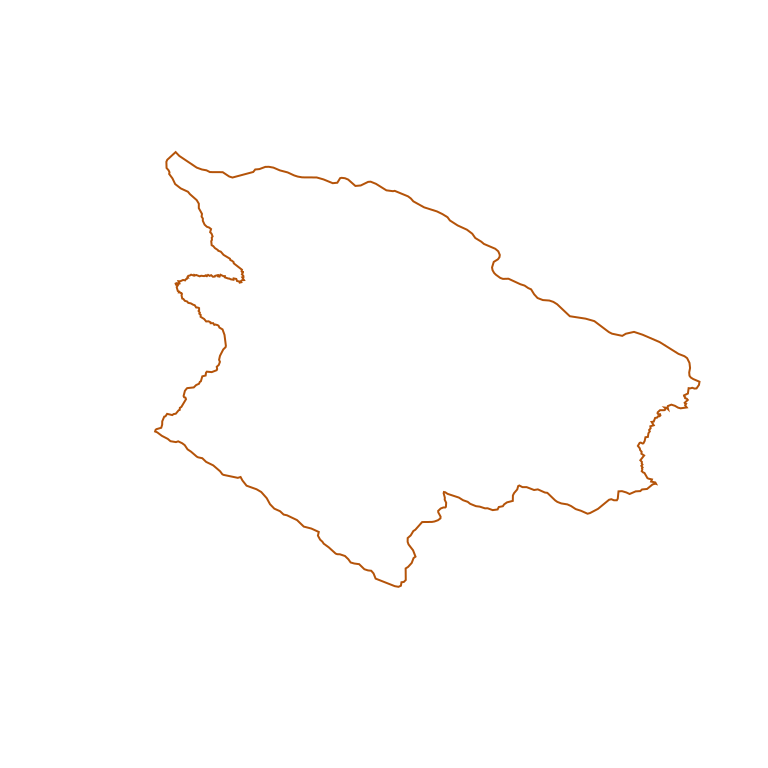 outline of Santa Fe De Antioquia, Antioquia, Colombia, rotated 294°
{"feature_id": "7082276B62917896081340", "entity_name": "Santa Fe De Antioquia", "entity_type": "district", "adm_level": 2, "iso_a3": "COL", "parent_name": "Colombia", "parent_adm1": "Antioquia", "projection": "equal_earth", "projection_center": [-75.913, 6.54], "detail": "fine", "context": "isolated", "style": "outline", "palette": "amber", "viewbox_px": 768, "rotation_deg": 294, "n_neighbors": 0, "source": "geoboundaries", "source_scale": "gbopen_adm2", "svg_char_len": 6138}
<svg xmlns="http://www.w3.org/2000/svg" viewBox="0 0 768 768"><g transform="rotate(294 384 384)"><path d="M558.8,386.8L560.2,377.7L562.2,374.2L563.0,368.2L563.2,362.1L561.7,348.8L562.8,336.5L564.4,333.1L565.2,329.6L564.8,315.2L563.8,313.8L561.9,307.4L563.6,295.3L563.4,289.5L562.2,287.3L555.9,282.0L553.3,277.3L556.2,268.1L556.1,264.6L555.1,261.4L554.2,260.2L548.9,259.5L546.6,255.5L546.3,245.5L545.3,238.5L539.5,225.2L538.4,220.8L538.0,217.1L538.1,209.9L536.8,202.0L536.7,195.0L535.6,190.5L534.1,187.3L529.6,182.7L527.6,179.1L524.5,178.3L511.0,161.6L510.6,158.2L511.9,150.5L506.8,138.8L507.0,134.9L505.9,130.4L505.5,124.9L509.1,104.2L511.1,99.3L500.7,94.8L498.5,94.8L492.9,97.5L491.6,100.3L490.2,101.9L488.5,102.3L485.8,107.1L481.7,111.9L480.0,118.8L479.9,126.7L478.5,129.5L475.8,138.1L473.4,141.5L469.3,143.3L465.4,148.5L462.7,149.3L461.5,151.2L459.4,152.1L456.6,155.3L455.6,158.2L455.8,160.6L455.2,163.0L452.0,163.4L451.2,165.3L449.1,167.4L447.7,167.1L445.7,168.2L444.2,168.1L440.7,170.1L440.5,172.0L439.4,174.2L438.8,177.7L438.3,178.4L438.5,181.1L436.7,184.9L435.8,192.3L434.7,193.3L434.8,194.7L434.2,197.0L433.1,197.7L430.6,207.8L429.1,208.0L428.7,208.5L429.0,209.6L428.5,209.8L426.4,209.6L425.6,211.5L424.6,212.1L423.8,211.1L422.0,213.8L421.1,212.1L419.5,211.3L418.9,212.2L417.9,210.9L418.8,209.9L418.3,207.9L419.9,206.3L419.3,203.7L418.0,204.1L417.3,201.4L417.4,199.8L417.0,198.8L416.7,195.2L417.8,194.8L417.2,193.3L417.3,190.2L415.2,190.1L414.9,188.8L416.0,188.8L416.1,188.2L414.1,185.7L413.3,185.7L412.4,184.1L413.1,181.8L411.9,180.8L412.1,178.9L410.4,178.3L410.3,177.5L410.8,177.0L409.4,175.8L408.5,172.9L407.4,171.8L407.2,168.2L406.6,167.6L406.5,166.2L405.7,166.3L405.4,163.3L404.0,162.4L403.2,161.2L402.0,161.0L401.4,161.7L401.1,161.0L400.0,161.2L399.0,160.3L397.8,160.2L397.3,158.1L394.9,156.0L394.3,154.4L392.6,156.3L392.1,155.8L391.8,153.5L391.0,152.8L390.1,153.6L390.2,155.5L388.2,155.2L385.1,157.8L385.1,159.1L384.4,159.3L384.9,159.9L384.4,160.9L384.7,161.9L384.1,162.8L382.8,162.9L380.0,164.9L380.1,166.1L379.0,168.2L379.3,170.6L378.5,172.2L379.1,174.7L378.8,177.6L379.0,179.0L377.5,181.3L378.1,182.8L378.1,184.2L376.2,185.1L375.3,184.9L374.3,186.7L373.1,186.7L372.6,188.4L370.8,189.1L370.2,193.3L368.8,196.1L369.9,198.2L369.8,200.4L369.0,200.9L370.1,203.2L369.0,204.9L369.7,205.6L370.1,208.0L369.9,209.2L368.6,210.7L368.2,214.3L364.0,218.3L354.6,224.0L353.2,224.3L350.2,223.1L343.0,222.7L339.0,223.5L337.5,225.1L334.2,225.3L331.7,224.2L329.8,225.5L328.5,225.5L324.8,221.8L323.2,217.1L321.9,216.8L319.2,217.6L317.1,214.9L312.0,215.6L311.0,214.9L309.0,214.9L306.6,212.8L303.5,211.6L300.2,205.9L299.5,205.6L296.8,204.9L291.5,205.8L290.6,206.8L290.8,208.1L289.6,209.3L280.6,208.2L279.2,207.2L277.2,207.9L276.5,207.1L272.2,205.9L270.9,204.0L269.5,203.2L268.5,198.0L265.6,197.5L264.8,196.5L259.7,196.6L256.6,197.9L253.4,198.3L250.2,194.5L249.3,194.0L247.5,194.2L247.6,196.5L246.3,202.1L245.9,208.8L244.9,212.2L246.3,217.6L247.9,219.3L247.8,223.7L247.1,226.8L244.4,231.1L243.7,235.2L241.5,242.5L241.4,244.0L242.3,248.2L240.5,253.2L240.2,261.1L237.6,269.8L235.8,273.0L235.7,274.3L238.8,288.6L240.7,290.8L238.3,293.9L235.2,299.8L236.0,310.4L235.4,315.8L232.0,323.3L227.8,328.8L225.5,334.5L225.5,340.8L223.9,345.4L224.6,348.8L224.3,359.9L221.1,368.7L222.4,376.4L222.3,384.6L218.6,385.3L215.8,389.0L214.9,391.8L213.6,393.9L212.3,400.0L209.4,408.8L209.5,410.5L210.5,413.0L211.0,418.3L209.4,422.7L207.4,426.1L207.9,429.8L209.3,434.6L206.8,441.4L207.2,445.2L208.2,448.3L206.7,451.5L202.8,455.5L203.7,476.1L204.6,479.7L206.6,481.5L210.0,480.6L211.2,482.6L213.8,483.6L224.3,478.8L226.7,480.4L231.8,482.1L237.0,481.8L239.1,483.0L243.9,478.2L247.4,471.7L249.4,469.8L252.9,468.3L256.6,470.0L261.6,470.6L263.6,471.9L273.4,475.0L277.5,483.9L278.9,486.0L281.5,488.7L284.2,490.2L285.9,489.6L288.8,485.8L290.1,485.1L293.3,486.4L295.3,488.4L296.1,490.2L297.0,490.5L300.8,489.1L303.0,486.5L304.9,485.8L308.5,482.9L309.7,482.7L310.0,484.0L309.5,486.7L310.7,498.6L310.0,503.5L310.4,508.4L309.6,511.4L309.8,517.7L310.9,521.3L311.5,526.9L312.6,529.1L313.0,534.6L315.6,538.8L318.3,538.9L320.7,542.3L322.9,542.7L325.9,544.5L329.6,549.2L334.6,547.1L337.2,547.2L341.9,548.6L345.3,548.1L346.3,548.9L346.1,552.4L347.8,556.3L348.2,564.2L350.3,567.4L350.3,575.1L351.0,577.5L347.3,587.7L346.8,590.3L347.0,594.5L348.6,600.5L348.6,604.5L347.7,610.0L348.3,615.5L348.3,622.7L349.9,624.7L357.0,630.3L369.8,636.7L371.2,638.5L371.3,641.3L372.5,644.0L374.3,644.2L381.3,641.9L382.9,645.0L383.5,649.5L383.4,653.1L388.3,657.6L390.4,661.7L392.6,662.6L395.1,667.0L401.5,670.2L403.3,672.4L403.4,673.2L404.4,671.9L403.5,667.7L405.8,667.6L405.1,664.0L405.2,662.9L408.7,658.1L408.6,656.7L409.2,654.9L410.9,654.8L412.0,653.9L412.9,654.2L413.9,652.4L415.5,652.9L416.2,651.8L417.7,651.3L418.6,649.2L424.5,650.7L425.0,647.5L426.9,646.9L427.8,644.9L429.3,643.8L430.7,641.1L434.2,641.5L434.9,642.4L434.8,644.4L435.3,645.1L438.0,645.3L441.7,644.5L443.0,646.6L446.6,645.6L448.8,646.1L449.8,644.9L452.0,645.6L453.7,644.5L456.0,647.2L458.2,643.9L459.4,645.7L463.3,645.5L464.3,647.1L465.7,647.4L466.6,648.8L467.7,649.3L468.7,648.4L467.9,647.0L468.5,645.8L469.5,645.6L472.3,646.8L474.1,650.7L474.9,651.3L476.2,651.0L476.6,649.9L477.2,651.9L476.5,653.8L478.0,652.6L479.3,652.3L482.0,654.9L482.4,658.6L482.0,662.2L482.4,664.8L485.7,670.1L487.0,667.8L488.6,668.0L488.4,667.2L489.1,666.3L493.0,668.0L493.7,666.6L493.5,664.9L494.5,664.4L494.7,663.4L495.6,662.7L498.9,665.5L504.1,664.0L504.6,665.6L505.9,667.1L506.1,669.5L507.1,671.3L511.3,672.1L514.4,671.3L514.3,664.5L514.7,661.6L515.8,659.7L518.7,658.1L523.1,657.1L527.5,654.5L530.9,650.4L531.6,647.2L531.3,640.8L534.4,618.9L534.2,600.2L533.3,591.2L528.3,584.5L524.9,582.1L522.7,571.8L522.9,568.3L527.0,550.6L525.7,541.6L521.5,526.2L527.3,509.7L527.9,505.3L527.5,501.1L525.3,495.0L525.0,489.3L527.0,484.7L530.3,479.9L530.3,476.7L531.1,472.4L530.6,468.0L530.8,454.9L528.4,449.9L528.2,447.1L529.3,441.9L530.2,439.5L532.1,436.9L534.4,435.3L540.2,434.6L544.3,437.4L546.8,437.9L549.0,437.3L551.7,434.4L552.8,430.6L552.6,418.3L553.6,414.9L554.5,408.0L557.2,403.5L558.7,397.0L558.8,386.8Z" fill="none" stroke="#b45309" stroke-width="2"/></g></svg>